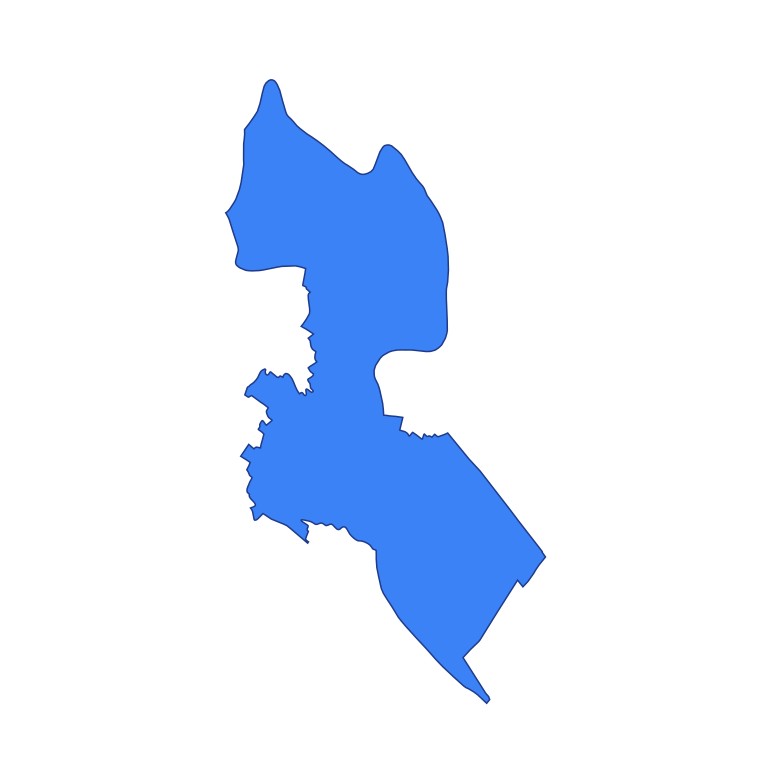 Truc Ninh, Nam Định, Vietnam (Robinson projection), rotated 310°
{"feature_id": "81297802B30905014988311", "entity_name": "Truc Ninh", "entity_type": "district", "adm_level": 2, "iso_a3": "VNM", "parent_name": "Vietnam", "parent_adm1": "Nam Định", "projection": "robinson", "projection_center": [106.231, 20.244], "detail": "fine", "context": "isolated", "style": "filled", "palette": "blue", "viewbox_px": 768, "rotation_deg": 310, "n_neighbors": 0, "source": "geoboundaries", "source_scale": "gbopen_adm2", "svg_char_len": 6171}
<svg xmlns="http://www.w3.org/2000/svg" viewBox="0 0 768 768"><g transform="rotate(310 384 384)"><path d="M473.5,391.4L489.1,377.2L494.5,372.6L497.1,370.6L502.9,367.3L512.6,360.2L523.0,351.0L528.4,345.3L537.6,334.8L545.3,325.3L548.2,320.0L550.0,316.1L551.3,312.6L554.3,302.8L555.3,299.0L556.0,296.0L559.5,289.3L560.4,286.6L561.3,280.8L562.0,276.9L563.9,270.1L569.3,255.2L570.9,249.6L571.4,244.6L571.3,236.8L570.3,234.1L568.6,232.3L566.9,231.2L565.4,230.9L563.0,231.1L559.1,231.7L546.1,236.3L541.6,237.7L538.4,237.5L535.3,236.3L532.7,234.7L530.9,233.0L529.8,231.2L529.0,228.2L528.9,222.7L528.1,215.3L527.6,212.4L527.4,208.5L527.4,202.6L527.8,193.7L527.8,184.4L527.4,176.7L526.9,171.2L526.0,163.8L525.7,155.8L525.8,151.4L526.8,145.4L527.1,143.2L527.4,138.6L527.9,136.5L529.2,134.0L536.0,123.8L541.8,115.6L544.7,109.8L545.6,107.0L545.8,105.3L545.6,104.2L545.1,102.9L544.2,101.7L542.4,100.7L538.8,100.1L535.1,100.8L529.1,103.6L519.2,108.7L511.5,111.8L505.6,112.6L497.1,113.3L489.3,113.6L485.4,117.0L481.2,119.9L477.8,122.1L465.5,132.3L462.2,135.4L446.2,145.2L439.7,148.4L430.2,151.8L427.1,152.4L418.8,153.4L415.9,153.3L414.1,153.0L413.4,152.7L412.0,156.4L410.9,159.0L409.1,161.9L403.1,171.2L396.4,182.0L394.8,184.4L393.1,186.2L391.9,187.0L384.8,190.3L382.6,191.5L381.7,192.2L380.9,193.2L380.4,194.1L380.2,195.0L380.2,197.7L380.4,199.1L382.2,204.9L382.9,206.1L384.6,208.6L386.3,210.7L390.8,215.6L393.5,218.0L402.5,225.2L404.4,226.7L408.4,230.1L416.5,239.0L417.7,240.4L418.6,242.1L420.0,244.8L422.1,249.7L418.5,252.0L407.5,258.2L407.3,258.7L408.0,261.0L408.1,262.2L407.1,263.3L407.0,263.7L406.9,268.4L404.9,268.2L404.0,268.5L403.2,268.9L400.3,271.6L393.7,278.8L391.6,280.6L390.0,281.6L388.4,282.0L384.2,282.8L378.3,283.4L374.9,283.5L376.0,289.2L377.0,297.8L375.5,297.6L370.4,296.5L369.8,299.0L369.5,299.8L366.7,302.9L365.7,304.2L365.1,305.6L364.7,306.9L364.7,308.7L365.0,310.5L365.0,310.9L364.2,311.5L362.3,312.3L360.5,313.5L359.1,314.7L358.2,316.3L357.8,318.3L355.9,317.9L349.5,315.9L347.6,315.6L346.4,319.0L346.2,320.3L346.4,323.5L345.1,324.1L344.7,324.2L342.7,323.9L339.0,322.7L338.3,322.9L337.8,323.5L337.5,324.2L336.7,327.2L334.4,329.6L333.8,330.4L333.6,331.0L333.4,333.7L332.9,334.4L331.9,334.4L331.2,334.0L330.9,332.8L330.8,329.1L330.4,328.0L330.1,327.8L329.5,327.8L328.6,328.5L326.9,330.5L326.0,331.2L325.2,331.3L324.5,331.1L324.3,330.8L324.2,330.0L324.8,327.8L324.7,326.8L324.5,326.4L324.1,326.1L322.1,325.5L323.3,321.6L324.8,318.3L327.9,312.4L329.0,309.9L329.7,307.2L330.0,305.0L329.8,303.7L329.5,303.0L329.1,302.3L328.6,301.8L327.9,301.6L326.1,301.5L324.1,302.2L324.0,301.1L323.5,299.5L322.6,299.0L321.2,299.0L320.8,298.5L320.5,297.3L320.4,289.4L319.9,289.0L317.4,289.3L316.5,289.2L316.1,289.0L315.7,288.5L315.6,287.7L315.7,286.8L316.3,286.0L317.2,285.0L318.8,284.3L319.0,283.7L318.9,283.1L317.6,282.4L316.3,281.9L314.6,281.6L312.8,281.8L307.6,283.2L304.4,283.4L301.6,283.2L299.9,282.9L297.9,282.3L295.6,282.1L294.2,281.6L293.3,281.6L286.2,284.4L286.6,288.0L286.9,288.7L287.5,289.0L288.7,289.3L289.5,289.7L290.0,290.2L290.1,290.7L290.8,301.4L291.2,304.6L291.4,310.1L291.3,310.6L290.9,310.8L288.6,311.1L287.4,311.5L286.1,313.0L284.6,315.9L284.4,316.5L284.2,317.7L284.4,321.3L284.3,321.5L283.8,321.6L276.9,320.4L276.9,319.3L277.9,315.6L277.9,314.5L277.6,314.2L277.2,314.2L276.0,314.2L273.9,314.6L273.0,314.9L271.4,316.4L270.6,316.6L268.7,316.7L268.4,317.0L268.4,318.1L268.7,320.7L268.5,323.7L268.4,324.2L262.5,327.0L259.5,328.3L255.6,330.4L253.8,327.0L253.0,326.4L252.4,326.2L250.7,326.1L250.8,319.2L236.5,320.7L237.3,326.0L237.9,331.9L234.3,333.1L230.1,334.0L229.4,336.4L227.6,339.9L227.6,342.6L227.4,343.1L226.2,343.5L223.0,344.1L217.5,345.8L215.4,346.7L214.4,347.4L213.8,348.0L213.1,349.1L213.0,351.7L212.1,352.3L211.3,353.2L210.7,354.6L210.4,355.7L209.9,360.6L209.1,362.8L208.4,363.4L208.0,363.5L206.4,363.2L203.2,361.4L202.6,363.7L201.8,365.3L196.8,371.5L196.6,371.9L196.6,372.5L197.4,373.3L198.2,373.7L199.6,374.0L207.0,374.6L208.1,384.5L212.1,396.9L213.1,400.7L213.2,406.3L213.0,427.8L214.5,427.7L214.4,425.2L214.7,423.8L214.9,423.5L217.5,422.5L222.5,420.8L222.7,419.1L222.9,418.9L223.5,418.4L225.8,417.6L226.3,417.3L226.6,417.0L226.7,415.7L226.0,409.6L226.0,408.9L226.4,408.1L226.7,408.0L227.1,408.2L228.3,410.0L231.1,415.3L231.7,417.1L232.1,419.1L232.4,421.4L232.8,422.2L233.5,422.9L236.7,424.8L237.5,425.9L237.8,426.7L238.1,430.1L238.4,430.7L239.1,431.3L239.9,431.8L241.9,432.8L242.8,433.8L243.1,435.0L243.1,435.8L242.7,438.8L242.6,441.3L242.8,441.9L243.2,442.7L243.9,443.3L244.6,443.6L245.9,443.7L247.7,444.2L248.5,444.7L249.1,445.5L249.4,446.6L249.2,448.3L247.1,454.1L246.7,456.6L246.5,460.1L246.6,461.9L246.8,463.3L247.1,464.6L249.3,467.8L250.6,470.8L251.4,474.2L251.6,476.7L251.3,478.2L250.5,481.2L250.5,481.8L251.2,483.6L251.5,484.9L248.4,487.7L244.9,490.6L238.8,496.5L233.4,503.2L225.6,513.4L223.2,518.2L221.3,524.0L218.2,534.2L214.5,545.1L213.5,549.9L212.2,557.7L210.2,572.3L208.4,586.9L206.3,600.8L205.2,610.9L204.8,618.5L204.4,625.2L203.9,639.2L204.1,641.9L204.9,644.8L205.8,650.4L206.1,655.4L205.4,667.9L210.2,667.8L211.8,665.0L212.3,661.7L212.6,660.3L225.2,620.4L236.2,620.9L247.3,622.1L249.4,622.1L282.2,617.4L319.6,612.4L317.9,620.8L325.4,621.2L335.1,620.4L339.2,619.7L344.9,619.1L355.3,618.9L356.8,613.2L357.1,613.2L357.4,612.8L365.4,575.7L368.8,561.0L379.1,513.6L381.1,497.7L387.4,464.3L384.2,462.8L378.6,459.5L378.2,459.1L378.1,458.6L378.1,455.2L377.7,455.1L374.4,455.0L374.0,454.7L373.9,453.8L373.5,452.3L373.1,451.8L371.8,451.2L371.4,450.4L371.6,447.1L371.4,447.0L370.9,447.0L366.6,448.8L366.4,448.6L366.2,448.4L366.0,446.3L365.8,441.3L365.4,437.1L364.1,436.9L361.0,437.0L360.4,436.8L360.6,435.6L361.1,434.3L361.2,432.8L360.9,430.6L359.3,427.0L358.8,425.7L370.5,419.9L367.1,414.4L363.1,408.7L361.7,406.3L359.9,403.8L363.6,400.3L368.3,395.4L376.2,385.2L378.4,382.0L379.9,379.4L382.3,373.9L383.7,371.7L386.3,369.2L387.9,367.8L389.3,367.1L392.9,365.6L401.5,364.5L404.8,364.8L406.8,365.4L412.0,367.4L415.0,369.3L418.6,372.4L421.5,375.7L428.1,383.7L436.1,395.6L438.8,398.6L442.5,401.2L444.0,401.8L447.0,402.6L450.1,403.0L451.4,403.0L458.5,401.6L462.9,399.7L465.7,398.1L473.5,391.4Z" fill="#3b82f6" stroke="#1e3a8a" stroke-width="1.5"/></g></svg>